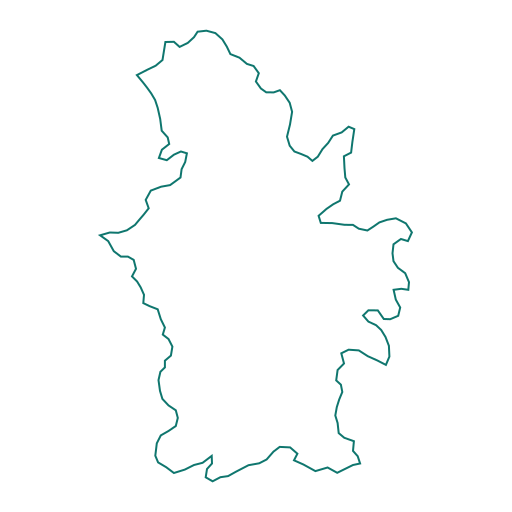 outline of Santana do Deserto, Minas Gerais, Brazil
{"feature_id": "56859067B9842068555783", "entity_name": "Santana do Deserto", "entity_type": "district", "adm_level": 2, "iso_a3": "BRA", "parent_name": "Brazil", "parent_adm1": "Minas Gerais", "projection": "mercator", "projection_center": [-43.18, -21.939], "detail": "fine", "context": "isolated", "style": "outline", "palette": "teal", "viewbox_px": 512, "rotation_deg": 0, "n_neighbors": 0, "source": "geoboundaries", "source_scale": "gbopen_adm2", "svg_char_len": 2534}
<svg xmlns="http://www.w3.org/2000/svg" viewBox="0 0 512 512"><path d="M385.9,364.9L389.4,356.6L388.9,345.8L385.5,337.0L381.2,330.0L376.1,325.2L368.4,321.6L363.1,315.5L368.4,310.3L377.8,310.4L383.8,319.0L390.2,319.2L398.2,315.8L400.2,307.5L395.8,299.6L393.6,289.8L401.3,288.8L408.3,289.8L409.0,282.2L405.2,273.2L397.9,267.8L393.5,261.2L392.5,253.3L393.5,244.3L400.9,239.0L407.9,241.1L411.9,232.4L405.9,223.4L395.9,218.3L387.1,219.8L379.4,222.4L373.4,226.6L367.4,230.5L358.8,228.7L353.0,224.9L344.5,224.8L332.3,223.1L320.8,222.9L318.6,215.8L326.5,208.9L333.3,204.2L340.0,200.7L342.3,191.6L349.0,184.4L345.3,177.5L344.5,168.2L343.9,156.3L351.1,152.6L352.4,141.8L354.3,129.1L348.6,126.7L341.7,132.4L332.9,135.6L328.2,142.9L322.5,149.1L317.8,156.7L312.4,160.9L307.5,156.7L301.1,154.0L294.4,151.5L289.7,145.7L287.0,136.7L290.0,124.5L292.1,111.8L289.7,102.8L284.8,95.5L279.9,90.2L273.7,92.4L266.2,92.3L260.9,88.5L255.9,81.5L258.8,73.2L253.6,66.0L246.9,63.9L239.5,57.7L230.4,54.1L226.8,46.6L222.4,39.4L215.4,33.1L206.4,30.7L197.6,31.7L194.0,37.2L187.8,42.9L179.6,46.9L173.9,41.8L165.4,42.0L164.2,49.4L162.5,60.0L155.7,65.7L147.4,69.7L136.9,75.1L142.9,82.3L147.1,87.7L151.2,93.4L155.1,100.0L157.7,107.9L160.2,119.0L161.7,130.7L167.7,137.4L169.2,144.0L161.9,149.7L158.9,158.0L166.8,160.2L173.9,154.7L180.9,151.5L186.9,153.3L185.2,162.0L181.6,169.2L180.5,177.5L175.2,181.4L170.1,185.1L161.1,186.7L150.8,190.6L145.7,199.9L148.7,208.3L143.3,215.1L139.0,220.1L135.0,224.9L126.9,230.3L118.3,232.8L109.8,232.5L100.1,235.3L108.2,241.1L113.8,251.2L120.9,256.6L127.9,256.6L133.7,259.9L136.0,268.8L132.0,276.4L137.1,281.5L140.7,287.4L144.0,294.8L143.3,303.1L149.5,306.1L157.7,309.3L160.8,319.2L164.9,327.5L162.8,334.6L168.5,339.0L172.4,346.6L170.9,355.6L164.9,360.7L164.9,367.4L160.4,371.8L158.5,380.1L160.0,390.9L162.4,398.9L168.5,405.4L175.8,410.3L177.8,417.9L175.8,426.0L168.5,431.0L160.8,435.4L156.8,443.3L155.3,455.7L158.1,462.4L166.2,467.2L173.9,473.0L184.8,469.6L194.0,465.0L202.6,462.8L211.7,455.9L212.0,463.5L207.0,469.0L205.7,477.3L212.6,481.3L220.4,477.2L228.1,476.1L235.8,471.8L248.5,465.2L259.2,463.3L266.6,459.5L273.5,451.6L279.7,446.9L290.1,447.4L297.4,453.7L294.0,460.3L303.4,464.5L315.4,471.1L327.6,467.5L337.2,472.8L353.0,465.0L360.1,463.5L357.7,456.2L353.0,450.9L353.9,441.2L344.3,437.8L338.7,433.1L337.6,423.0L335.3,415.5L336.8,407.1L339.2,399.5L342.3,392.0L340.9,384.7L336.2,380.4L337.6,370.0L344.0,363.5L341.3,353.3L348.6,349.7L358.8,350.4L367.8,356.2L377.4,360.5L385.9,364.9Z" fill="none" stroke="#0f766e" stroke-width="2"/></svg>